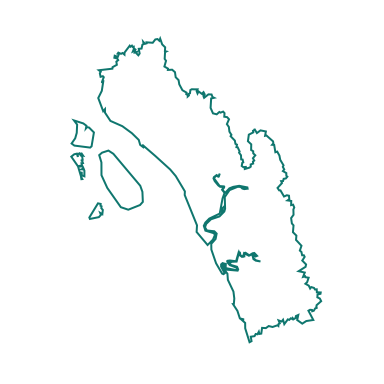 Chittagong, Chittagong, Bangladesh, rotated 353°
{"feature_id": "16705992B94200136889214", "entity_name": "Chittagong", "entity_type": "district", "adm_level": 2, "iso_a3": "BGD", "parent_name": "Bangladesh", "parent_adm1": "Chittagong", "projection": "albers", "projection_center": [91.95, 22.424], "detail": "fine", "context": "isolated", "style": "outline", "palette": "teal", "viewbox_px": 384, "rotation_deg": 353, "n_neighbors": 0, "source": "geoboundaries", "source_scale": "gbopen_adm2", "svg_char_len": 6011}
<svg xmlns="http://www.w3.org/2000/svg" viewBox="0 0 384 384"><g transform="rotate(353 192 192)"><path d="M289.4,213.0L285.8,212.0L287.7,211.0L287.8,207.5L285.7,206.8L282.8,207.7L280.0,201.2L278.7,201.0L277.4,198.4L282.4,194.1L281.8,192.1L283.7,192.2L284.6,190.1L286.8,190.0L288.5,188.4L287.6,187.4L287.9,184.7L284.8,182.3L286.3,180.8L285.2,178.1L286.1,176.7L283.5,170.8L283.2,166.5L281.5,162.3L279.6,162.7L279.3,155.3L277.3,154.9L278.7,153.6L278.6,151.6L272.7,144.9L271.4,145.1L272.7,140.9L267.5,139.2L263.6,141.4L261.6,136.9L261.5,138.2L260.0,138.7L260.1,140.3L255.4,142.0L253.7,148.4L256.6,151.9L255.8,157.5L257.7,159.0L257.5,161.1L259.3,163.3L256.6,165.9L257.6,168.4L256.2,169.2L256.2,171.2L253.6,171.8L253.4,174.0L252.0,174.8L247.2,175.6L247.3,174.0L249.4,173.7L246.0,173.6L244.5,172.2L245.5,169.1L246.5,168.8L246.2,166.0L244.8,165.6L245.1,161.5L243.5,158.7L244.2,157.6L242.8,153.2L241.6,152.9L242.4,150.5L241.0,149.5L240.8,146.2L237.1,141.3L238.1,140.1L236.5,136.7L236.5,131.9L234.9,128.9L237.6,124.3L236.0,122.0L233.2,121.2L233.9,117.7L232.7,116.0L230.0,116.7L228.9,115.9L226.0,117.9L222.4,116.5L220.7,110.8L222.4,101.5L225.4,101.2L223.9,100.2L223.3,97.6L220.2,97.1L215.5,100.0L215.1,98.6L216.5,96.6L215.6,94.3L214.2,95.4L214.5,96.5L210.8,93.0L209.5,94.9L208.9,92.4L210.0,90.8L204.2,90.0L202.8,90.6L202.0,93.8L200.5,94.3L200.7,95.8L199.4,96.7L199.6,95.3L198.2,94.2L198.7,92.7L194.9,89.8L192.5,83.6L192.3,79.3L189.8,76.1L189.7,71.0L187.2,68.2L182.9,67.9L183.2,66.6L179.9,64.1L182.2,58.6L181.1,56.5L182.3,49.9L183.6,49.4L182.3,48.9L183.0,45.1L180.4,41.9L179.1,35.9L178.0,37.9L176.4,36.0L174.2,36.1L171.2,39.1L165.1,37.9L165.1,38.9L163.4,39.2L161.9,37.0L162.0,39.3L160.7,39.8L159.4,43.5L156.6,43.4L156.9,48.2L155.4,49.8L153.6,47.4L154.4,46.2L152.1,46.6L152.7,44.7L150.4,45.4L151.6,43.2L153.9,44.3L151.7,42.3L151.9,40.6L150.7,40.7L150.2,39.4L148.6,40.3L148.0,39.2L142.0,45.4L141.7,47.4L140.0,45.6L138.4,46.2L135.9,44.7L135.1,45.6L136.4,46.0L134.8,48.8L131.9,47.3L131.3,49.3L134.0,50.3L134.8,52.1L132.8,53.4L132.9,56.6L128.4,58.4L128.0,59.9L114.4,59.8L116.1,61.5L115.0,62.9L115.3,66.5L117.6,66.2L118.4,67.3L116.0,71.9L116.1,72.8L116.7,70.8L117.5,71.1L114.8,80.6L110.4,87.3L113.7,101.0L115.7,99.2L115.3,102.6L119.7,111.5L130.9,118.2L139.5,126.3L145.5,133.8L146.3,138.9L149.9,142.4L148.4,139.0L160.0,151.8L173.1,167.0L177.8,174.2L185.0,190.5L184.4,194.1L192.9,225.7L191.7,232.2L201.0,246.5L207.0,241.8L209.6,237.3L208.5,235.5L200.6,232.0L199.6,227.0L201.5,224.0L205.9,220.5L216.9,216.8L221.5,202.2L224.2,196.8L222.1,193.4L224.1,190.9L220.6,190.3L218.9,188.7L215.9,184.0L215.0,181.1L215.6,179.9L218.5,178.2L220.1,179.7L221.8,177.1L220.5,179.9L219.9,180.0L218.2,178.6L215.4,180.9L220.2,189.5L224.3,190.3L224.4,191.5L222.5,193.5L224.8,196.9L229.6,192.9L233.6,191.9L239.6,191.6L247.5,194.2L247.6,195.5L244.2,195.5L242.4,194.7L240.9,192.9L238.0,192.4L229.5,194.7L223.9,201.0L222.8,212.7L221.7,215.3L216.3,219.6L207.5,221.4L202.2,225.4L200.6,228.6L202.1,232.0L209.4,233.7L211.4,236.3L209.7,241.5L204.8,245.8L204.2,251.5L207.2,265.7L211.9,276.6L213.2,277.4L214.5,276.7L211.8,269.6L212.1,267.4L213.7,266.3L216.8,267.6L216.1,271.6L225.7,274.7L227.7,274.3L227.0,272.5L220.6,269.2L218.8,266.6L218.5,265.0L219.0,264.6L221.3,264.6L227.3,266.1L231.1,257.2L232.2,258.0L232.3,260.8L234.8,262.3L236.3,258.9L237.7,258.8L241.1,261.8L244.7,260.2L246.4,260.1L248.8,263.3L247.1,263.8L245.0,263.0L244.8,265.1L247.2,267.6L251.5,269.3L246.9,267.9L244.8,266.1L244.4,263.1L245.8,262.7L247.2,263.3L248.2,262.9L246.5,260.5L240.7,262.2L236.4,259.2L236.1,262.3L233.7,262.5L231.7,260.6L231.2,257.9L227.8,266.5L222.8,266.1L220.6,267.6L221.2,268.9L227.6,271.7L228.4,274.4L227.7,275.6L216.4,273.2L214.8,270.9L215.6,267.4L213.1,267.6L213.6,271.1L217.2,277.4L216.9,283.6L221.0,295.9L221.0,302.9L219.9,308.2L219.0,308.2L222.6,315.5L224.1,323.3L228.1,324.8L225.9,325.1L228.8,328.4L228.2,333.8L230.8,348.1L232.9,347.3L232.7,342.8L236.5,342.7L237.9,340.7L239.6,341.2L241.3,338.8L241.6,341.1L243.5,341.0L245.0,335.4L248.7,336.1L251.8,334.4L255.5,335.8L260.6,334.7L261.4,335.5L261.9,333.5L263.1,333.1L262.3,330.0L265.2,331.5L266.8,329.9L267.5,334.4L271.6,330.1L272.9,330.8L274.7,329.4L276.3,330.5L276.6,329.5L277.5,330.6L279.5,329.7L280.0,327.8L282.5,327.0L280.8,331.9L285.4,336.1L289.7,334.0L296.8,333.8L293.1,324.0L294.8,323.3L296.7,323.7L296.8,325.0L298.4,324.7L300.0,322.6L302.4,322.1L301.2,321.8L301.9,319.5L306.9,316.1L305.9,313.3L303.6,311.8L304.1,309.0L307.1,308.7L307.5,307.4L303.7,306.7L303.9,303.8L302.2,303.8L301.4,302.1L298.8,300.9L297.5,302.2L296.5,299.2L293.4,296.9L295.3,295.5L297.3,291.3L294.2,290.4L294.0,289.4L291.9,289.8L294.1,285.7L288.2,283.6L295.6,280.1L296.4,277.8L293.1,273.5L295.9,270.1L295.3,268.4L293.6,268.2L293.3,264.8L291.9,263.3L294.1,258.7L289.4,252.2L290.3,248.0L287.3,244.2L288.7,237.5L287.3,235.4L287.2,230.0L290.0,227.0L290.5,221.7L291.6,219.8L290.8,216.9L288.8,217.1L289.4,213.0ZM126.6,201.8L138.8,198.6L142.0,195.8L142.8,185.8L141.4,179.5L118.6,144.5L114.1,140.7L107.5,142.0L104.4,144.1L105.7,151.6L104.2,164.3L108.4,177.6L119.5,198.4L126.6,201.8ZM78.4,129.2L80.9,131.6L96.3,135.5L97.9,134.4L101.9,120.9L97.7,115.5L95.7,114.8L94.5,115.9L95.3,113.4L92.5,110.7L83.6,106.6L86.2,111.1L84.8,119.3L82.6,124.5L78.4,129.2ZM99.9,192.7L97.3,191.8L87.0,204.8L87.4,206.3L96.5,205.6L98.8,203.6L98.3,201.5L100.3,203.1L101.3,198.9L100.0,197.0L100.5,195.2L99.5,194.5L99.9,192.7ZM81.9,152.5L86.1,152.2L85.8,150.0L87.3,150.0L86.7,147.5L85.5,147.3L87.4,146.8L87.3,143.0L86.1,142.3L84.9,139.9L83.2,140.7L83.0,143.3L82.4,139.9L79.7,140.2L76.5,142.2L81.9,152.5ZM83.6,162.3L85.0,158.5L84.6,162.0L87.1,163.3L87.8,157.8L87.5,156.5L85.3,156.0L87.2,155.4L86.6,153.4L82.0,152.7L83.6,162.3ZM219.1,217.0L222.4,213.1L222.3,210.2L220.2,211.8L219.1,217.0ZM219.8,267.3L221.1,265.0L219.0,264.8L219.0,266.4L219.8,267.3ZM245.4,194.9L243.7,193.6L241.7,193.2L243.2,194.6L245.4,194.9ZM88.3,142.6L87.1,140.3L86.4,140.3L86.3,141.9L88.3,142.6ZM83.8,165.8L84.7,165.8L83.8,163.4L83.7,163.5L83.8,165.8Z" fill="none" stroke="#0f766e" stroke-width="2"/></g></svg>